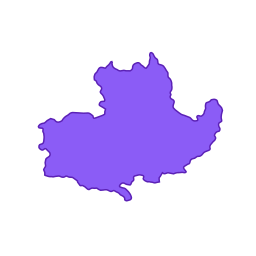 SVG path tracing the border of Kolubarski, rotated 339°
{"feature_id": "SRB-837", "entity_name": "Kolubarski", "entity_type": "District", "adm_level": 1, "iso_a3": "SRB", "parent_name": "Republic of Serbia", "parent_adm1": "", "projection": "orthographic", "projection_center": [19.93, 44.309], "detail": "fine", "context": "isolated", "style": "filled", "palette": "violet", "viewbox_px": 256, "rotation_deg": 339, "n_neighbors": 0, "source": "natural_earth", "source_scale": "10m", "svg_char_len": 5863}
<svg xmlns="http://www.w3.org/2000/svg" viewBox="0 0 256 256"><g transform="rotate(339 128 128)"><path d="M90.1,181.3L89.3,181.1L88.7,180.7L87.0,178.9L86.1,178.1L84.4,177.4L82.9,177.1L80.1,176.3L78.5,174.7L77.5,173.2L77.0,172.8L75.4,172.4L73.5,171.5L72.7,171.2L71.4,171.2L69.7,171.5L69.0,171.2L68.5,170.7L68.1,170.1L66.8,167.6L65.4,165.8L64.7,165.3L63.0,164.8L62.6,164.4L61.6,160.6L61.6,159.9L61.9,159.4L59.0,154.9L58.6,154.4L58.1,154.0L55.7,152.9L55.2,152.6L53.8,151.2L53.1,150.8L52.7,150.7L51.1,150.9L50.1,150.8L49.2,150.4L48.5,150.0L46.7,148.3L46.1,148.0L43.0,147.2L40.6,146.8L39.4,146.1L37.4,145.3L36.4,144.7L34.1,142.9L33.4,142.1L33.8,141.3L34.3,139.8L34.4,139.0L34.3,137.4L34.4,136.6L35.1,135.9L37.2,134.3L37.6,133.5L38.2,130.7L39.9,128.0L40.3,127.5L41.3,127.0L43.6,126.5L44.5,126.2L45.4,125.4L45.9,124.7L46.0,124.1L46.1,123.0L45.9,122.4L43.9,118.0L43.5,117.7L43.2,117.6L42.9,117.5L40.9,118.0L40.1,117.9L39.6,117.6L38.8,116.7L38.1,115.5L37.9,114.5L38.0,114.0L38.5,112.8L39.4,112.0L40.2,111.9L42.5,112.0L43.6,111.5L44.6,110.2L45.9,107.6L46.5,106.3L47.4,102.9L47.3,101.0L47.4,100.4L48.2,98.9L48.3,98.2L48.2,97.8L47.9,97.5L45.7,96.4L45.0,95.9L44.9,95.5L44.8,95.0L44.9,94.5L45.2,94.2L45.9,93.7L47.2,93.1L49.4,93.0L51.7,93.4L53.0,93.0L55.2,92.1L59.2,91.5L62.1,93.7L62.3,94.1L62.9,95.7L63.6,96.7L64.8,97.5L65.8,97.7L66.9,97.8L68.7,97.6L69.2,97.4L70.0,96.7L72.0,95.6L73.8,94.9L76.6,94.4L79.4,93.5L80.6,93.5L81.8,93.7L91.9,98.3L95.8,99.6L96.8,100.1L97.9,101.3L99.2,103.4L99.5,103.9L99.5,104.4L99.4,106.0L99.5,106.4L99.8,106.7L100.6,106.9L102.0,107.0L108.7,107.1L111.0,106.8L111.4,106.4L112.2,104.5L113.8,102.3L111.9,99.7L109.8,97.1L109.5,96.5L109.5,96.0L109.8,95.4L110.6,94.5L111.9,93.8L112.9,93.8L115.3,94.5L115.6,94.5L116.1,94.0L116.5,93.0L116.5,92.4L116.4,89.5L116.3,88.8L116.0,87.7L115.1,85.5L115.0,84.8L115.2,84.1L117.1,82.4L117.4,82.0L117.7,81.3L117.7,80.4L117.4,79.3L115.9,77.1L115.4,75.8L115.2,75.2L115.2,73.2L115.1,72.7L114.4,71.6L113.9,71.0L114.4,69.1L114.8,68.0L115.2,67.4L116.4,65.9L117.2,65.4L118.9,64.7L121.9,62.2L122.9,61.7L123.9,61.6L124.5,61.7L126.1,62.5L127.9,63.8L128.4,64.0L128.7,63.9L130.0,63.1L132.9,62.0L134.8,60.8L135.4,60.2L136.7,60.2L136.7,61.4L136.1,62.1L135.8,64.4L135.8,65.0L136.0,65.8L136.4,66.8L137.3,68.1L138.7,69.5L139.5,70.6L140.3,71.4L141.4,72.0L144.8,72.7L146.7,73.9L148.8,74.7L149.9,75.2L150.6,75.4L152.2,75.0L152.9,74.6L153.6,73.9L154.4,72.3L154.8,71.8L155.4,71.2L156.1,70.8L157.6,70.4L159.1,70.4L160.1,70.4L161.3,70.9L161.8,71.4L162.1,71.9L162.9,73.9L164.0,75.4L165.1,77.6L165.8,78.4L166.3,78.6L166.8,78.5L169.4,76.8L170.8,75.7L171.2,75.0L172.1,73.1L173.9,70.6L174.1,69.8L174.3,68.0L174.7,67.1L175.5,66.1L175.9,65.9L176.6,65.9L177.0,66.2L177.5,66.8L178.0,68.0L178.1,69.9L178.5,72.1L179.6,73.9L179.9,74.5L179.9,75.4L179.2,78.4L179.3,78.9L179.8,79.7L182.1,81.4L183.3,82.9L184.0,85.6L184.4,88.1L184.9,90.1L185.0,90.6L184.8,91.5L184.0,93.6L183.8,94.7L183.9,95.3L184.7,96.9L184.9,97.5L185.1,98.9L185.1,100.3L184.9,101.7L184.1,103.8L183.7,105.5L182.9,107.3L182.1,108.3L180.7,109.3L180.2,109.9L179.9,110.6L180.1,111.9L179.9,112.4L178.6,113.7L178.4,114.5L178.4,115.0L178.6,116.0L180.2,117.9L180.4,118.4L180.6,118.9L180.6,119.5L180.5,120.0L180.2,120.6L178.5,122.8L177.8,124.0L177.6,124.9L177.6,125.5L177.8,126.0L178.6,128.0L181.2,132.3L182.6,134.3L183.2,134.9L185.2,136.5L189.4,140.3L189.9,141.1L190.9,143.6L191.4,144.3L192.4,145.1L193.3,145.5L195.2,145.9L195.8,145.7L196.1,145.3L196.2,144.8L196.3,144.3L196.2,143.0L196.2,142.5L196.5,142.0L196.9,141.7L197.2,141.6L198.0,141.6L198.7,142.0L200.1,143.0L200.9,143.2L202.5,142.7L203.7,142.0L204.2,141.6L205.4,139.8L207.2,138.0L207.6,137.3L207.9,136.0L208.4,134.7L209.1,133.5L209.7,132.8L210.5,132.5L212.5,132.6L213.8,132.5L215.9,131.5L218.1,131.9L219.2,132.3L220.2,133.1L220.8,133.9L220.9,134.2L221.0,134.7L220.8,136.7L220.8,137.9L221.1,138.9L221.9,140.6L222.4,142.0L222.6,142.6L222.6,143.7L222.5,145.4L220.1,148.8L219.1,150.7L218.6,152.0L218.2,154.4L218.0,154.9L217.7,155.3L217.3,155.4L214.9,155.9L214.2,156.5L213.9,157.0L213.6,157.9L213.4,158.9L213.4,159.5L213.6,160.8L213.6,161.4L213.4,162.1L212.9,162.9L212.2,163.5L211.8,163.6L210.1,163.4L208.9,163.6L207.9,164.1L206.7,165.0L206.1,165.9L206.0,166.4L206.3,167.6L206.3,168.4L206.2,168.8L205.9,169.3L204.6,170.5L202.3,171.4L198.9,173.3L197.9,174.4L197.5,175.3L197.3,176.5L197.1,177.0L196.7,177.4L196.4,177.6L195.4,177.8L191.8,177.8L190.4,178.0L189.6,178.3L187.2,179.6L185.8,180.0L184.7,180.0L182.6,179.4L182.1,179.4L179.4,180.1L176.9,179.8L175.8,180.0L174.8,180.5L174.1,181.3L173.2,182.6L172.7,183.0L172.3,183.2L171.9,183.3L170.9,183.2L166.8,184.0L166.1,184.4L165.8,184.8L165.6,185.3L165.6,185.9L165.7,186.5L166.5,189.1L166.6,189.5L166.5,189.8L166.0,190.1L165.2,190.1L164.6,189.9L162.7,188.8L160.4,188.2L158.1,187.4L156.5,187.1L154.1,187.1L149.3,184.1L148.5,184.0L146.3,183.9L145.5,183.7L144.9,183.3L144.1,182.1L140.8,184.7L139.3,185.6L138.7,186.9L138.0,189.6L135.9,189.2L133.5,188.9L132.6,188.4L131.2,187.3L129.8,186.6L128.6,185.8L126.7,185.1L125.5,183.9L124.7,182.9L124.2,181.9L124.0,181.3L124.1,180.6L124.9,179.7L125.2,179.2L125.3,178.7L125.2,178.2L124.8,177.6L123.5,176.7L122.1,175.9L120.9,175.6L117.1,175.2L116.6,175.2L115.9,175.6L115.6,175.9L115.4,176.3L115.0,177.9L114.8,178.4L114.5,178.8L114.2,179.0L112.1,179.8L110.5,181.5L110.2,181.7L109.8,181.9L109.3,181.8L106.6,180.2L105.9,179.6L104.7,178.2L103.9,177.7L103.5,177.5L102.9,177.4L101.7,177.5L100.1,178.3L99.4,178.9L99.2,179.6L99.3,179.9L99.5,180.2L100.8,181.4L103.1,183.0L103.7,183.7L104.1,184.4L105.5,187.5L106.2,190.1L106.4,191.5L106.4,193.0L106.2,194.4L105.7,195.1L105.4,195.4L104.7,195.7L104.1,195.8L101.4,195.6L100.3,195.3L99.7,194.7L99.3,194.1L99.3,193.7L99.7,192.3L99.7,191.8L99.6,191.3L99.3,190.6L98.7,189.6L97.0,187.7L96.7,187.0L96.3,185.9L95.8,185.0L94.1,183.3L93.1,182.0L92.5,181.4L91.8,181.2L90.1,181.3Z" fill="#8b5cf6" stroke="#5b21b6" stroke-width="1.5"/></g></svg>